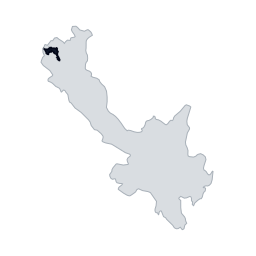 Xaysetha, Attapu, Laos (highlighted), rotated 175°
{"feature_id": "54806243B4321376255205", "entity_name": "Xaysetha", "entity_type": "district", "adm_level": 2, "iso_a3": "LAO", "parent_name": "Laos", "parent_adm1": "Attapu", "projection": "robinson", "projection_center": [107.034, 14.975], "detail": "fine", "context": "in_parent", "style": "filled", "palette": "ink", "viewbox_px": 256, "rotation_deg": 175, "n_neighbors": 0, "source": "geoboundaries", "source_scale": "gbopen_adm2", "svg_char_len": 6769}
<svg xmlns="http://www.w3.org/2000/svg" viewBox="0 0 256 256"><g transform="rotate(175 128 128)"><path d="M90.7,24.9L91.9,27.2L97.4,33.6L98.3,35.3L100.3,36.6L102.0,42.3L102.7,42.6L103.6,42.2L104.3,41.4L104.9,39.2L105.3,39.0L105.9,40.8L107.5,41.3L108.1,42.1L108.3,43.5L108.1,44.9L106.8,48.1L106.0,52.4L111.3,61.7L113.6,62.9L119.0,64.4L122.7,66.5L124.4,66.0L126.0,63.7L128.0,62.4L131.6,60.4L132.7,60.3L134.7,61.1L138.0,63.4L143.0,67.7L142.8,68.9L141.9,70.0L139.2,71.7L138.3,72.8L138.9,73.2L141.1,73.5L143.7,74.4L144.5,75.6L144.9,78.1L145.4,78.6L147.9,78.3L148.6,78.7L149.5,79.5L150.3,81.7L150.3,83.3L147.9,86.1L147.6,87.8L146.3,89.8L143.0,93.1L142.1,93.3L135.9,91.5L131.1,91.7L130.7,92.4L131.5,94.5L131.7,96.5L130.9,98.0L128.1,100.0L128.0,100.9L128.6,101.8L132.7,103.6L145.7,113.3L151.6,115.1L154.2,116.4L154.9,117.1L154.9,117.9L154.2,119.0L153.6,120.9L153.6,122.0L154.2,123.1L155.3,124.8L158.9,128.5L161.6,129.3L164.4,133.6L165.2,137.2L166.6,139.6L173.3,147.6L179.0,152.5L182.4,157.8L184.0,159.0L184.5,160.9L185.0,166.5L186.9,169.3L187.3,170.4L188.2,171.2L189.1,171.4L191.1,169.6L191.5,169.8L192.4,172.8L193.3,173.9L196.3,175.7L199.4,179.2L201.2,180.5L203.3,181.5L203.6,182.7L203.2,183.8L202.5,184.5L198.8,186.6L198.3,187.5L200.8,192.0L206.9,197.6L208.9,201.0L208.4,202.6L206.8,205.9L205.5,206.8L205.1,207.8L206.1,210.5L206.0,214.6L204.8,215.6L203.7,218.1L203.0,218.3L201.1,217.4L197.1,221.7L195.4,221.5L193.4,224.0L190.9,224.3L189.1,222.5L185.3,219.6L184.0,217.8L182.8,219.3L180.8,220.8L178.0,220.3L177.2,222.5L176.7,222.8L173.3,223.2L172.7,223.6L173.2,225.5L175.2,228.9L175.8,230.8L174.5,234.0L171.0,233.9L169.5,232.6L167.5,229.9L163.0,228.2L160.0,229.4L159.0,229.3L156.8,227.1L156.0,225.6L155.4,223.5L158.9,221.7L160.6,220.4L161.8,218.9L162.2,217.4L162.8,211.2L163.3,209.0L163.0,206.3L162.1,204.2L162.1,201.0L162.6,198.4L163.9,197.1L164.8,195.2L165.4,191.1L165.0,190.0L163.7,189.0L161.5,188.0L160.2,186.8L159.6,185.3L159.7,184.0L160.3,182.9L158.7,181.7L154.8,180.3L152.6,178.6L152.1,176.7L150.5,174.2L147.7,171.1L146.2,166.6L146.1,160.7L146.5,156.0L147.7,150.4L146.1,146.5L144.3,144.4L141.8,142.8L139.4,140.6L137.1,137.7L134.4,133.4L131.3,127.8L129.1,125.3L128.0,125.8L125.8,125.3L122.3,123.7L119.2,122.8L116.6,122.7L114.9,123.1L114.1,123.9L114.1,124.8L114.7,125.6L114.4,126.3L113.0,126.7L111.9,127.7L110.7,129.7L109.8,132.4L108.5,133.5L106.5,133.7L104.5,134.5L102.6,135.8L101.7,136.8L101.8,137.5L101.3,137.6L100.4,137.3L100.0,136.4L100.0,135.0L99.0,134.0L97.0,133.5L94.7,132.0L90.4,128.1L89.4,127.9L87.9,128.9L86.0,131.1L84.5,132.0L83.3,131.5L82.3,132.3L81.6,134.3L80.4,135.9L74.5,140.1L69.1,145.5L67.8,146.0L64.6,144.5L63.6,143.4L68.1,132.3L68.8,129.6L68.7,126.1L66.8,123.1L66.7,122.2L67.0,121.3L69.3,117.9L72.0,109.0L71.9,106.2L70.8,103.2L70.2,100.3L70.7,96.4L70.5,94.9L69.3,94.1L65.2,93.3L62.9,94.0L61.8,95.0L60.4,95.7L57.9,96.1L55.5,94.7L53.5,92.5L53.1,89.7L55.6,83.8L56.3,81.5L56.2,80.4L55.8,79.3L55.2,79.1L53.9,77.7L52.7,75.3L51.5,74.2L50.4,74.4L49.4,75.3L47.7,77.6L47.1,77.3L48.7,69.1L50.1,65.6L51.8,64.0L53.6,63.3L55.4,63.6L56.9,63.3L58.2,62.4L58.1,62.0L56.6,61.8L56.0,60.9L56.4,59.2L57.0,58.0L58.0,57.5L59.0,55.8L60.0,52.8L61.2,51.2L62.5,51.2L64.8,49.9L68.1,47.4L69.4,44.9L70.6,46.1L70.1,48.9L70.8,49.5L71.1,50.5L70.9,52.1L71.1,53.4L71.6,54.1L72.4,54.4L75.8,53.3L78.0,53.2L81.4,55.3L83.5,53.7L83.5,53.1L81.8,51.2L82.4,44.0L82.2,38.5L79.4,34.5L78.8,32.9L78.6,30.2L77.8,28.0L79.9,26.2L81.0,22.8L82.4,22.0L82.9,22.1L84.6,24.6L86.8,23.4L88.5,23.4L89.9,24.1L90.7,24.9Z" fill="#d9dde1" stroke="#a8b0b8" stroke-width="1"/><path d="M190.0,201.8L190.2,202.0L190.2,202.3L190.2,202.5L190.3,202.7L190.4,203.0L190.6,203.1L190.7,203.4L190.8,203.6L190.8,203.8L190.7,203.9L190.9,204.2L191.0,204.4L191.1,204.6L191.1,205.0L191.6,205.2L191.9,205.3L192.0,205.5L192.1,205.8L191.8,206.1L191.7,206.2L191.7,206.3L191.7,206.5L191.8,206.6L192.0,207.0L191.9,207.5L192.0,207.7L192.0,207.9L191.8,208.1L191.8,208.3L191.8,208.5L192.2,208.6L192.1,208.8L191.9,208.9L191.7,208.8L191.6,209.0L191.4,209.5L191.2,209.8L191.1,210.1L191.0,210.3L191.1,210.5L191.5,210.7L191.6,210.9L191.8,210.9L191.9,211.0L192.0,211.1L192.1,211.3L192.0,211.5L191.9,211.6L192.0,211.7L192.0,211.8L192.0,212.0L191.8,212.2L191.7,212.3L191.7,212.6L191.6,212.8L191.9,213.0L191.8,213.5L191.7,213.6L191.8,213.8L192.1,214.0L192.3,214.1L192.5,213.9L192.7,213.5L192.7,213.3L192.7,213.2L192.6,212.9L192.8,212.9L192.8,213.0L192.9,212.9L193.0,212.9L193.1,213.0L193.3,213.3L193.2,213.4L193.1,213.5L193.3,213.5L193.5,213.4L193.6,213.2L193.7,213.3L193.7,213.6L193.8,213.6L194.0,213.6L194.0,213.8L194.3,213.9L194.5,213.8L194.7,214.0L194.8,214.0L195.0,214.0L195.2,213.8L195.3,213.8L195.6,214.0L195.8,214.1L196.0,214.0L196.1,213.9L196.1,213.7L196.3,213.7L196.5,213.8L196.8,213.8L197.1,213.9L197.1,214.0L197.0,214.4L197.1,214.5L197.2,214.4L197.3,214.4L197.4,214.6L197.5,214.5L197.6,214.8L197.8,214.9L197.9,214.7L198.0,214.7L198.3,214.7L198.6,214.5L198.7,214.4L198.8,214.4L198.9,214.2L199.0,214.3L199.0,214.2L199.1,214.3L199.1,214.2L199.2,214.3L199.3,214.4L199.5,214.4L199.6,214.2L199.9,214.0L199.9,213.9L199.9,213.7L200.0,213.7L200.0,213.9L200.3,213.8L200.4,213.7L200.5,213.6L200.8,213.5L200.8,213.4L201.0,213.3L201.0,213.5L201.2,213.4L201.3,213.3L201.5,213.4L201.7,213.5L201.9,213.4L202.0,213.5L202.3,213.4L202.5,213.4L202.6,213.5L202.8,213.4L203.0,213.4L203.1,213.5L203.4,213.5L203.6,213.7L203.7,213.8L203.8,213.9L204.1,213.8L204.1,213.7L204.2,213.8L204.3,213.8L204.5,214.0L204.5,213.9L204.6,213.7L204.4,213.5L204.3,213.4L204.2,213.3L204.2,213.2L203.8,212.8L203.5,212.5L203.5,212.4L203.6,212.1L203.5,211.7L203.4,211.6L203.3,211.4L203.2,211.3L203.0,210.9L202.9,210.7L203.0,210.5L203.0,209.8L202.9,209.8L202.5,209.5L202.4,209.4L202.3,209.0L202.2,208.7L201.8,208.6L201.7,208.5L201.6,208.4L201.3,208.3L200.9,208.2L200.8,208.3L200.9,208.7L200.9,208.8L200.7,209.0L200.6,209.3L200.6,209.5L200.2,210.0L200.0,210.3L200.1,210.5L199.9,210.7L199.7,210.7L199.6,210.8L199.4,210.7L199.3,210.8L199.1,210.6L198.9,210.5L198.9,210.4L198.6,210.5L198.4,210.6L198.2,210.5L198.0,210.8L198.1,211.2L198.0,211.3L197.9,211.2L197.9,211.3L197.9,211.2L197.7,211.1L197.4,211.1L197.2,211.1L196.9,211.2L196.9,211.3L196.8,211.2L196.7,211.1L196.2,211.0L195.7,210.5L195.8,210.4L195.8,210.2L195.7,210.1L195.4,210.2L195.0,210.0L194.9,210.0L194.9,209.9L194.9,209.7L195.3,209.3L194.3,208.4L193.0,207.8L192.9,207.3L192.2,205.5L192.1,205.0L192.1,204.9L192.2,204.7L192.2,204.4L192.2,204.2L192.3,204.2L192.2,204.1L192.3,203.9L192.3,203.7L192.3,203.4L192.3,203.1L192.2,203.1L191.9,202.9L191.7,202.7L191.8,202.5L191.7,202.4L191.8,202.3L191.7,202.2L191.8,202.2L191.6,201.9L191.4,201.8L191.3,201.7L191.0,201.5L190.7,201.5L190.7,201.2L190.4,201.1L190.2,201.1L189.9,201.2L190.0,201.2L190.0,201.3L190.0,201.5L190.0,201.8Z" fill="#0f172a" stroke="#020617" stroke-width="1.5"/></g></svg>